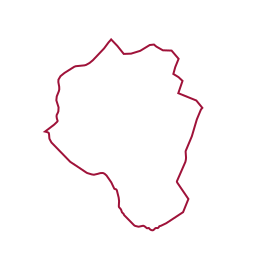 the border of Ouaddaï, rotated 202°
{"feature_id": "TCD-1475", "entity_name": "Ouaddaï", "entity_type": "Prefecture", "adm_level": 1, "iso_a3": "TCD", "parent_name": "Chad", "parent_adm1": "", "projection": "equal_earth", "projection_center": [21.069, 13.569], "detail": "fine", "context": "isolated", "style": "outline", "palette": "rose", "viewbox_px": 256, "rotation_deg": 202, "n_neighbors": 0, "source": "natural_earth", "source_scale": "10m", "svg_char_len": 1716}
<svg xmlns="http://www.w3.org/2000/svg" viewBox="0 0 256 256"><g transform="rotate(202 128 128)"><path d="M203.6,93.6L197.7,103.5L196.0,107.3L195.9,108.2L197.6,110.3L198.7,112.2L199.0,113.6L198.8,115.2L198.8,117.3L200.1,121.1L204.8,126.8L205.9,130.6L205.9,136.2L206.2,138.1L207.2,140.4L209.8,144.5L210.6,146.8L210.0,150.8L207.5,155.3L200.8,164.6L199.6,165.7L191.8,169.8L190.5,170.8L188.0,173.9L185.9,177.8L180.0,192.8L178.1,200.1L177.0,203.1L176.8,203.8L168.6,200.1L159.7,195.1L153.0,198.1L145.6,204.1L138.9,213.1L135.2,215.1L132.2,214.1L124.8,213.1L116.6,216.1L107.0,211.1L107.0,202.1L106.2,195.1L100.3,194.1L95.1,192.1L94.4,179.1L83.2,179.1L75.0,179.1L66.6,174.5L67.1,173.1L67.3,172.0L67.4,161.7L65.7,144.2L65.9,128.5L65.7,127.6L63.1,122.3L62.5,120.4L62.1,118.1L62.7,96.9L62.4,96.3L61.7,95.7L45.4,84.8L45.4,70.6L56.9,54.0L60.9,49.6L62.1,48.7L62.4,47.3L62.7,46.7L62.9,46.4L64.7,45.7L65.1,45.3L65.3,44.9L65.8,43.7L66.3,42.8L66.8,42.4L67.3,42.2L68.6,42.1L69.1,42.2L69.9,42.4L70.3,42.6L70.7,42.8L71.0,43.0L71.4,43.0L71.7,42.8L72.4,42.4L72.7,42.2L73.1,42.2L75.6,43.0L76.5,43.1L77.0,43.1L77.4,43.0L80.8,40.7L81.1,40.5L81.4,40.4L84.7,39.9L85.4,40.0L85.9,40.1L98.8,45.7L99.1,45.9L99.7,46.5L100.0,46.8L101.6,47.4L102.0,47.6L102.3,47.9L103.4,49.2L104.0,49.8L104.6,50.2L106.6,51.2L106.9,51.5L107.1,51.9L107.3,52.3L108.9,56.9L110.6,60.0L114.9,65.9L115.2,66.2L115.7,66.5L116.3,66.7L117.2,66.5L117.6,66.6L118.0,66.6L123.1,71.3L130.1,75.9L132.6,76.8L134.0,76.9L134.8,76.7L136.2,76.1L136.9,75.7L138.2,74.7L138.8,74.2L142.1,71.9L144.2,71.4L148.5,71.0L149.5,71.0L168.9,75.0L193.6,85.9L196.6,88.4L197.0,88.9L198.8,92.5L199.5,93.6L200.5,93.9L201.6,93.9L203.6,93.6L203.6,93.6Z" fill="none" stroke="#9f1239" stroke-width="2"/></g></svg>